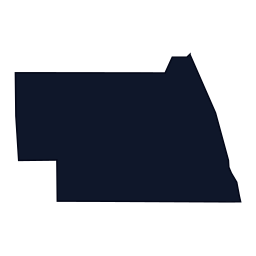 the district of Indian River, Florida, United States of America
{"feature_id": "52423323B47137025507841", "entity_name": "Indian River", "entity_type": "district", "adm_level": 2, "iso_a3": "USA", "parent_name": "United States of America", "parent_adm1": "Florida", "projection": "natural_earth1", "projection_center": [-80.532, 27.709], "detail": "fine", "context": "isolated", "style": "filled", "palette": "ink", "viewbox_px": 256, "rotation_deg": 0, "n_neighbors": 0, "source": "geoboundaries", "source_scale": "gbopen_adm2", "svg_char_len": 370}
<svg xmlns="http://www.w3.org/2000/svg" viewBox="0 0 256 256"><path d="M240.6,201.7L239.3,196.0L236.7,182.2L231.3,173.1L228.8,167.2L228.4,160.3L215.5,112.9L190.0,54.7L190.0,54.2L186.9,57.2L172.3,57.2L165.1,73.0L20.5,72.8L15.4,72.8L15.9,116.0L18.7,160.4L56.9,160.0L57.3,201.1L96.4,201.2L229.7,201.8L240.6,201.7Z" fill="#0f172a" stroke="#020617" stroke-width="1.5"/></svg>